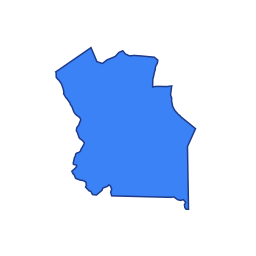 outline of Deglos, Castries, Saint Lucia, rotated 25°
{"feature_id": "8701671B12936296158000", "entity_name": "Deglos", "entity_type": "district", "adm_level": 2, "iso_a3": "LCA", "parent_name": "Saint Lucia", "parent_adm1": "Castries", "projection": "albers", "projection_center": [-60.976, 13.977], "detail": "fine", "context": "isolated", "style": "filled", "palette": "blue", "viewbox_px": 256, "rotation_deg": 25, "n_neighbors": 0, "source": "geoboundaries", "source_scale": "gbopen_adm2", "svg_char_len": 2539}
<svg xmlns="http://www.w3.org/2000/svg" viewBox="0 0 256 256"><g transform="rotate(25 128 128)"><path d="M189.5,100.1L170.8,95.4L169.5,94.7L168.0,94.5L162.9,92.3L159.4,89.6L156.1,85.1L154.8,82.2L152.6,80.1L150.3,72.9L149.9,71.4L145.6,74.1L140.5,76.3L135.2,78.8L133.0,80.4L129.8,73.2L129.6,71.6L128.2,65.5L128.1,63.8L127.0,60.8L127.2,56.6L126.3,53.9L121.9,52.7L109.9,57.0L103.2,59.5L98.8,62.0L94.3,62.0L90.6,60.2L90.3,60.5L89.4,61.6L87.8,63.4L86.8,66.7L86.1,68.7L80.3,75.0L79.4,76.7L77.6,80.3L73.4,80.8L71.8,81.0L68.7,78.2L60.5,70.8L50.0,88.7L38.8,107.7L39.1,107.9L39.4,108.3L39.6,108.6L40.0,109.2L40.2,109.8L40.5,110.2L40.7,110.7L41.1,111.5L41.3,112.1L41.7,112.4L42.1,112.7L42.5,112.9L42.8,113.1L43.3,113.2L43.8,113.5L44.4,113.7L45.1,113.9L45.5,114.0L46.1,114.4L46.6,114.7L47.2,115.1L47.7,115.4L48.3,115.6L48.7,115.9L49.3,116.4L50.1,117.2L50.5,117.6L51.0,118.2L51.9,119.0L52.3,119.4L52.8,120.1L53.1,120.4L53.5,120.9L53.7,121.3L54.4,122.0L54.5,122.4L54.8,123.0L55.0,123.5L55.2,124.2L56.3,124.9L57.7,125.9L58.2,126.3L58.8,126.7L59.4,126.9L60.0,127.1L60.6,127.4L64.9,129.9L65.9,131.1L68.2,132.4L71.3,135.5L73.0,136.9L75.7,138.1L78.8,138.6L80.6,139.4L81.8,140.6L81.8,142.5L82.1,146.5L81.8,147.6L81.7,147.8L81.5,149.1L81.5,149.4L81.6,150.1L81.8,150.7L81.9,151.2L82.1,151.7L82.5,152.4L82.9,152.8L83.4,153.0L83.9,153.3L86.6,156.2L87.0,156.6L87.4,157.0L88.0,157.5L88.9,157.9L89.5,158.1L90.3,158.2L91.1,158.4L91.9,158.6L92.5,158.7L93.0,159.0L93.4,159.3L94.3,159.7L94.8,160.0L94.9,160.5L94.9,161.4L94.9,161.8L94.8,162.5L94.8,163.1L94.7,164.4L94.6,165.1L94.5,166.3L94.4,166.9L94.4,167.5L94.5,168.1L94.6,168.6L94.6,169.0L94.5,169.5L94.3,169.9L94.1,170.3L93.9,170.6L93.6,171.1L93.2,171.5L92.6,171.9L92.0,172.6L91.7,173.2L91.7,173.7L91.7,174.2L91.9,174.9L92.1,175.5L92.2,176.1L92.1,176.7L92.0,177.4L92.0,177.9L92.3,178.8L92.5,179.6L92.6,180.4L92.9,181.5L93.0,182.2L93.2,183.0L93.4,183.4L93.7,183.8L94.3,184.0L94.7,183.9L95.2,183.8L96.3,183.5L97.2,183.5L97.6,184.3L97.6,185.2L97.3,186.3L97.0,187.2L96.6,188.3L96.2,189.1L95.9,189.6L95.5,190.3L95.4,190.7L95.5,190.9L95.6,191.2L95.8,191.4L97.0,192.1L97.6,192.4L97.6,192.8L98.6,192.9L101.9,195.8L106.9,195.4L109.9,194.5L112.7,194.8L114.5,197.6L114.5,199.5L119.4,201.4L121.0,201.1L124.0,203.3L127.7,202.1L130.8,195.4L130.5,193.2L134.2,189.4L134.5,187.8L136.3,187.8L139.1,190.4L139.4,193.5L141.9,196.4L196.2,172.7L198.6,171.1L203.3,172.0L206.3,171.4L208.5,169.5L211.8,171.1L211.5,173.6L213.1,176.1L214.9,177.1L217.2,176.1L189.7,119.6L189.5,100.1Z" fill="#3b82f6" stroke="#1e3a8a" stroke-width="1.5"/></g></svg>